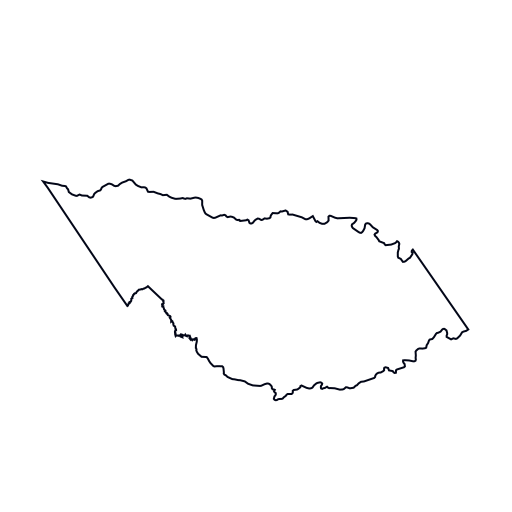 Carauari, Amazonas, Brazil (orthographic projection), rotated 236°
{"feature_id": "56859067B9018125425932", "entity_name": "Carauari", "entity_type": "district", "adm_level": 2, "iso_a3": "BRA", "parent_name": "Brazil", "parent_adm1": "Amazonas", "projection": "orthographic", "projection_center": [-67.33, -5.173], "detail": "fine", "context": "isolated", "style": "outline", "palette": "ink", "viewbox_px": 512, "rotation_deg": 236, "n_neighbors": 0, "source": "geoboundaries", "source_scale": "gbopen_adm2", "svg_char_len": 6085}
<svg xmlns="http://www.w3.org/2000/svg" viewBox="0 0 512 512"><g transform="rotate(236 256 256)"><path d="M282.3,293.8L281.5,291.4L280.9,290.4L279.9,289.5L279.8,288.3L280.8,285.9L282.4,284.1L282.4,281.7L282.9,280.5L285.1,279.4L286.1,278.4L286.3,275.9L286.1,274.5L285.3,272.0L285.4,270.6L286.1,269.5L287.2,269.1L289.7,269.8L291.0,269.2L291.1,267.9L293.8,262.6L294.3,262.2L294.8,262.5L295.4,262.3L296.2,260.7L297.3,259.9L300.2,259.2L301.8,258.1L303.0,256.9L304.1,254.2L305.3,253.6L306.8,253.5L307.9,252.7L308.6,250.4L309.5,249.4L310.5,243.7L311.1,242.3L312.1,241.4L318.2,238.3L319.3,237.9L320.6,237.9L323.3,238.4L328.4,239.9L331.9,242.3L333.2,242.5L334.3,242.0L336.4,240.6L338.2,238.7L338.8,237.5L340.2,233.7L342.5,231.0L342.8,229.5L343.9,228.4L345.0,227.7L346.0,225.3L348.0,221.8L348.7,220.9L351.5,218.6L353.7,217.3L356.6,216.3L358.5,212.8L360.7,211.5L362.8,209.6L366.5,207.0L368.8,203.3L369.7,202.4L373.4,203.0L374.7,202.5L375.7,201.5L377.0,199.4L380.1,197.3L382.4,196.3L387.7,195.7L390.0,193.9L390.5,192.7L390.7,190.0L391.7,186.1L391.8,183.4L391.4,180.9L392.0,179.5L392.5,178.5L393.6,177.6L395.8,176.7L396.8,176.0L397.8,175.1L398.5,174.0L399.1,167.2L398.6,165.7L397.9,164.8L397.5,163.6L398.3,160.9L398.2,158.0L397.9,156.6L396.3,154.1L396.4,152.8L396.9,151.4L398.0,150.5L400.3,149.8L403.5,145.5L405.6,144.1L406.0,141.1L406.8,140.2L410.0,137.9L413.7,136.6L416.4,137.5L417.6,137.2L420.0,137.4L420.9,136.7L422.7,134.5L426.2,131.9L432.9,124.5L436.8,121.2L429.1,121.5L309.0,121.1L286.5,121.4L286.5,122.1L288.0,124.0L287.5,124.6L287.7,125.2L288.5,125.5L288.2,126.5L288.5,126.8L288.5,127.3L289.4,128.2L290.3,128.7L290.3,130.1L290.9,130.2L291.4,130.7L291.7,131.8L292.3,132.2L292.4,133.3L292.8,133.7L292.8,134.8L292.4,135.2L292.3,135.8L293.0,137.1L293.3,138.4L293.2,139.0L293.6,139.9L292.7,141.8L292.7,142.4L292.0,143.0L291.8,144.7L291.5,145.1L291.4,147.1L291.2,147.6L291.4,149.5L272.5,153.7L272.1,154.1L271.4,154.1L270.9,154.4L270.3,154.2L270.1,153.6L268.5,153.1L268.1,152.0L268.6,151.4L268.2,150.9L267.7,151.1L267.3,150.8L267.0,150.4L266.3,150.9L266.1,150.3L265.5,150.7L263.7,150.2L263.0,149.9L261.4,150.4L260.9,150.1L260.8,149.6L260.3,149.8L258.6,149.7L258.5,150.2L257.4,150.3L257.1,149.9L256.2,149.9L254.2,151.2L253.5,151.2L253.0,150.7L253.0,150.0L250.6,150.0L249.2,149.1L249.3,149.6L249.0,150.1L248.5,150.2L248.1,149.8L246.5,149.9L246.0,149.7L245.7,149.3L244.3,148.8L242.8,149.5L241.2,148.7L240.0,148.7L239.6,148.5L239.1,148.2L239.5,147.6L238.5,146.4L237.4,145.8L236.9,146.1L236.3,145.2L234.5,144.6L234.7,145.8L233.8,146.5L233.6,147.1L233.0,147.3L232.7,147.9L232.9,149.1L231.4,148.4L230.1,149.3L231.1,149.5L230.6,150.0L232.0,150.8L231.5,151.2L230.7,151.3L230.0,152.8L230.3,153.4L228.8,153.3L228.2,153.8L228.8,154.1L228.5,154.7L227.7,155.8L227.0,155.8L226.8,156.4L225.6,155.8L225.2,154.9L223.7,155.0L224.4,155.9L223.3,155.7L221.9,156.0L222.3,156.9L222.2,157.3L221.8,157.7L221.0,157.9L220.8,158.4L221.6,159.3L221.2,160.0L221.5,160.4L221.2,160.8L219.7,160.2L218.1,159.0L215.7,156.4L213.4,154.7L213.0,154.8L211.8,154.4L211.3,153.8L209.8,153.4L207.3,153.3L202.9,154.5L199.8,158.6L197.7,158.7L195.2,158.4L192.6,158.4L188.7,159.1L187.7,159.7L186.5,162.0L183.5,166.3L182.2,166.6L180.8,166.1L177.5,164.3L176.5,163.5L175.2,163.5L174.2,164.2L171.6,164.8L167.2,167.5L165.7,169.3L162.9,172.0L162.0,173.3L158.3,176.6L154.5,178.0L150.5,181.0L146.0,186.7L145.5,187.8L144.9,191.5L144.1,193.9L143.4,194.8L142.3,195.6L139.8,196.1L138.6,195.9L137.5,195.2L136.2,195.2L135.2,196.3L134.5,196.7L133.8,195.3L132.7,195.2L131.3,195.7L130.3,195.1L129.6,194.1L129.3,192.8L127.6,190.9L126.4,191.0L125.4,191.7L124.9,192.8L124.9,194.1L124.5,195.2L123.1,197.5L122.9,198.6L123.3,199.9L123.4,202.5L123.9,203.8L123.9,205.1L121.7,208.3L121.8,209.5L122.5,210.4L123.7,211.1L123.8,212.4L122.3,215.4L122.2,216.8L122.4,219.3L123.3,220.1L123.2,221.3L118.4,224.2L116.4,226.0L115.8,227.1L115.4,228.3L115.4,229.4L116.3,231.7L116.6,234.5L116.5,235.8L115.4,238.6L114.5,239.3L113.3,239.6L112.5,238.8L111.9,237.2L111.0,236.4L109.8,235.9L108.8,236.6L108.7,237.9L108.1,239.2L107.9,241.8L106.6,242.1L105.5,242.8L104.8,244.0L102.3,247.3L98.3,250.8L96.9,253.2L96.6,254.5L96.9,257.2L96.0,258.2L93.8,259.8L92.2,263.3L92.7,266.0L92.4,267.4L93.0,269.9L93.0,272.7L91.6,275.4L88.8,285.8L89.1,287.1L90.0,287.9L90.6,289.1L90.9,290.5L90.8,291.8L90.5,292.9L89.7,294.1L89.4,297.1L89.6,298.3L90.8,299.0L91.6,299.9L91.3,301.2L89.3,302.9L86.8,302.3L84.1,305.0L82.7,305.0L81.5,305.5L81.0,306.7L83.0,308.2L83.1,309.4L81.0,316.5L81.2,317.7L83.4,318.8L84.6,318.6L86.1,318.8L87.2,319.6L86.5,321.0L83.8,324.5L80.8,327.4L80.1,328.5L80.0,329.7L80.9,330.7L82.2,331.3L84.2,332.9L87.5,334.8L88.0,336.0L88.3,338.5L87.9,339.9L86.1,342.3L85.0,344.6L84.8,345.8L86.6,347.6L87.6,350.0L89.1,352.0L89.6,353.2L88.6,355.8L89.2,358.1L90.8,361.7L91.0,362.9L90.5,364.1L90.1,366.7L90.9,369.2L90.9,370.4L90.2,371.5L87.8,372.3L85.2,371.4L84.2,370.7L83.4,369.5L82.3,368.8L77.8,371.1L77.4,373.6L75.5,375.3L75.2,376.7L75.9,380.7L77.5,384.2L77.3,385.8L76.4,388.4L76.4,390.9L173.6,389.6L173.3,388.2L172.3,387.3L171.1,387.6L170.1,386.7L168.4,382.6L168.6,381.2L168.1,377.1L168.3,375.8L169.0,374.5L172.7,374.4L175.0,373.0L176.3,373.3L179.6,375.5L181.4,377.5L182.0,378.5L184.1,379.7L185.9,381.6L187.1,381.9L188.3,381.8L189.4,381.2L189.0,379.9L188.9,378.5L189.9,374.4L192.5,369.5L193.7,369.2L195.0,369.4L199.3,366.4L200.5,366.6L204.5,366.4L205.8,366.0L207.4,366.2L207.9,367.3L207.7,369.9L208.5,371.0L209.7,371.0L214.5,368.9L218.4,368.3L219.9,367.7L220.9,366.7L221.4,365.4L221.1,364.2L218.3,361.5L216.9,358.9L216.4,357.3L216.4,356.0L217.4,355.0L218.6,354.4L225.0,351.9L226.3,351.9L227.5,352.2L228.5,353.2L228.6,356.0L229.3,358.4L229.9,359.6L231.0,360.2L232.0,359.3L235.3,355.1L241.7,344.6L243.6,342.9L247.5,340.4L248.3,339.4L248.1,338.1L244.8,336.0L244.4,334.7L244.2,333.6L244.4,330.8L245.7,328.8L248.0,327.2L250.5,326.4L250.5,325.1L251.7,324.8L257.3,325.4L257.4,321.3L257.7,319.6L258.1,318.5L258.9,317.5L262.5,315.6L269.9,309.5L271.6,306.9L272.5,306.0L275.0,306.9L277.2,306.0L278.4,302.3L279.3,301.3L279.0,298.8L279.4,297.6L282.3,293.8Z" fill="none" stroke="#020617" stroke-width="2"/></g></svg>